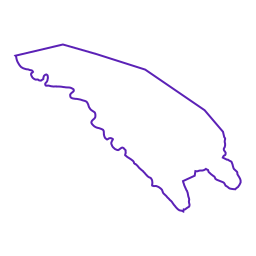 outline of Calypso, Micoud, Saint Lucia
{"feature_id": "8701671B55619097224465", "entity_name": "Calypso", "entity_type": "district", "adm_level": 2, "iso_a3": "LCA", "parent_name": "Saint Lucia", "parent_adm1": "Micoud", "projection": "orthographic", "projection_center": [-60.966, 13.825], "detail": "fine", "context": "isolated", "style": "outline", "palette": "violet", "viewbox_px": 256, "rotation_deg": 0, "n_neighbors": 0, "source": "geoboundaries", "source_scale": "gbopen_adm2", "svg_char_len": 5568}
<svg xmlns="http://www.w3.org/2000/svg" viewBox="0 0 256 256"><path d="M183.3,211.5L183.4,210.6L183.7,209.4L184.3,209.5L184.8,209.5L185.8,208.9L186.4,208.3L187.3,207.8L187.6,207.5L188.7,207.0L189.3,206.2L189.5,205.2L189.5,204.4L189.1,203.0L188.9,201.5L189.2,199.6L189.1,199.0L188.9,198.0L188.7,197.6L188.3,196.3L187.6,192.6L187.2,191.7L187.0,190.9L186.6,190.5L184.3,185.4L183.8,183.7L183.3,182.4L183.0,181.1L194.7,175.7L195.4,171.1L195.8,171.2L197.4,171.3L198.8,170.8L199.5,170.6L200.8,170.5L202.4,170.5L203.3,170.3L203.9,170.1L204.9,169.6L205.9,168.9L206.4,169.3L208.0,170.0L208.6,171.9L208.9,172.2L209.3,172.6L210.0,173.2L210.7,173.9L211.3,174.4L212.9,175.6L213.5,176.1L214.1,176.4L214.6,177.0L214.8,177.3L215.2,178.3L215.4,178.8L216.0,179.2L216.5,179.6L217.4,180.0L222.7,182.1L223.5,182.5L223.9,182.8L224.3,183.3L224.6,183.8L225.6,185.7L226.1,185.9L226.3,186.1L227.0,186.5L227.5,186.8L228.2,187.4L229.0,188.1L229.8,188.5L231.1,188.8L233.1,189.1L234.8,189.2L235.2,189.3L236.1,188.4L237.6,187.2L238.0,187.0L239.6,184.6L240.6,182.4L240.6,180.6L240.2,179.1L239.3,177.3L237.8,174.9L237.4,174.1L237.3,172.6L237.0,171.8L235.4,170.3L233.9,168.9L233.5,168.1L232.8,165.7L232.6,164.7L231.6,162.0L230.8,161.3L229.6,160.8L227.9,159.7L227.0,159.7L222.8,157.6L223.3,156.4L223.9,155.7L225.2,155.0L225.6,154.0L225.6,152.7L224.9,151.5L224.1,150.5L223.8,149.5L223.9,148.4L224.6,147.4L225.1,145.5L225.1,143.7L224.7,141.9L224.8,140.4L225.1,139.2L225.1,138.4L224.2,137.0L223.0,131.8L204.6,110.2L145.2,69.6L96.8,54.2L62.9,44.5L15.4,55.7L15.8,56.2L16.0,56.4L16.1,56.7L16.4,58.1L16.4,58.4L16.9,60.2L17.3,61.3L17.9,62.5L18.2,63.0L18.6,63.7L19.8,65.6L20.1,65.8L20.6,66.5L21.1,67.0L22.2,67.7L23.3,68.3L25.8,69.1L26.8,69.3L27.1,69.3L28.1,69.4L28.7,69.6L29.0,69.7L29.2,69.8L29.4,69.9L30.1,70.1L31.0,70.2L31.5,70.4L32.1,70.6L32.3,70.8L32.5,71.0L32.9,71.7L33.0,71.9L32.9,72.0L32.6,72.3L32.0,72.8L31.8,72.9L31.6,73.0L31.4,73.2L31.4,73.4L31.1,73.8L31.1,74.1L31.1,74.7L31.4,75.6L32.1,76.9L32.3,77.3L32.7,77.8L33.3,78.3L34.1,78.9L34.4,79.1L35.1,79.4L35.6,79.6L35.9,79.6L37.6,79.5L38.0,79.6L38.4,79.8L38.5,80.0L39.1,80.4L39.8,80.5L41.0,80.6L41.2,80.4L41.5,80.2L42.8,79.4L43.3,79.0L43.3,78.8L43.3,78.4L43.4,78.0L43.5,77.4L43.7,76.7L43.9,76.1L44.1,75.8L44.6,75.3L45.0,75.0L45.5,74.7L45.9,74.6L46.5,74.5L47.0,74.9L47.4,75.2L47.6,75.6L47.7,76.0L47.8,76.6L47.9,77.8L47.9,78.1L47.7,78.7L47.7,78.8L47.4,80.5L47.1,81.2L46.9,81.5L46.6,82.0L46.1,82.5L45.4,83.3L45.2,83.9L45.2,84.3L45.3,84.6L45.5,85.2L45.7,85.5L45.9,85.6L46.0,85.6L46.4,85.7L48.5,85.6L49.8,85.9L50.9,86.2L53.3,86.5L53.9,86.5L54.1,86.5L56.3,86.4L56.4,86.5L57.5,86.5L57.8,86.5L60.4,86.6L60.7,86.7L61.3,86.7L63.8,87.1L64.5,87.1L65.3,87.3L66.5,87.4L69.2,87.5L70.4,87.7L71.2,88.0L72.4,88.6L72.9,88.9L73.5,89.3L73.6,89.5L73.8,90.4L73.7,90.6L73.7,90.9L73.6,91.2L72.7,92.1L72.0,92.6L71.8,92.7L71.5,93.0L71.1,93.4L70.7,93.8L70.4,94.3L70.2,94.6L70.2,95.6L70.3,96.3L70.5,97.0L70.7,97.3L70.9,97.5L71.3,97.8L71.6,98.0L72.7,98.4L73.2,98.5L75.1,98.8L76.0,98.9L76.7,98.9L78.0,99.1L80.5,99.6L80.8,99.7L81.4,99.9L82.9,100.4L84.8,100.9L85.8,101.3L86.1,101.5L86.6,101.8L87.3,102.7L88.2,104.5L88.4,105.3L88.9,106.8L89.2,107.5L89.6,108.0L90.3,109.1L91.0,109.8L91.6,110.3L92.8,111.1L93.6,111.6L94.3,112.1L94.7,112.4L95.0,113.0L95.2,113.5L95.2,113.8L95.3,114.2L95.4,114.7L95.4,115.4L95.4,115.9L95.3,117.0L95.1,117.4L94.8,118.0L94.6,118.2L94.4,118.5L94.0,118.9L92.9,119.8L92.2,120.6L91.9,120.9L91.6,121.6L91.4,122.1L91.4,122.8L91.6,123.2L92.0,124.0L92.8,124.9L93.6,125.7L94.3,126.3L95.6,127.1L96.3,127.4L96.7,127.6L97.0,127.6L97.4,127.8L98.9,128.1L100.9,128.8L102.5,129.5L103.1,129.9L103.2,130.1L103.4,130.5L103.6,130.9L103.7,131.0L103.8,131.9L103.9,134.5L104.0,134.6L104.0,134.9L104.2,135.9L104.6,136.9L105.0,137.8L105.5,138.3L106.7,139.3L106.8,139.4L107.4,139.4L107.5,139.3L107.7,139.2L108.2,138.9L108.9,138.4L109.4,138.3L110.1,138.1L110.8,138.1L111.0,138.2L111.9,138.5L112.6,138.9L112.8,139.0L112.9,139.3L112.8,139.5L112.6,139.9L111.8,141.3L111.5,142.2L111.3,142.6L111.3,143.0L111.3,143.8L112.0,145.5L112.3,146.2L112.9,147.1L113.3,147.5L113.9,148.0L114.5,148.6L114.8,148.9L115.4,149.2L115.8,149.4L116.5,149.7L117.3,150.0L117.5,150.0L118.1,150.1L118.3,150.0L118.4,149.9L118.6,149.9L118.8,149.7L119.1,149.6L120.6,148.4L121.6,147.8L122.1,147.6L122.4,147.6L122.8,147.7L123.4,148.0L123.9,148.4L124.2,148.8L124.4,149.1L125.3,149.9L125.6,150.3L125.6,152.3L125.7,152.6L125.7,153.0L125.6,153.3L125.2,154.4L125.2,155.3L125.5,155.5L125.8,155.7L126.8,156.6L127.8,157.3L129.4,158.3L130.8,159.2L132.5,160.5L132.8,160.7L133.5,161.5L133.9,162.3L134.1,163.2L134.9,163.9L135.5,164.0L136.6,165.0L137.5,165.8L138.0,166.5L138.4,166.9L138.9,167.6L139.3,168.0L141.0,169.5L141.3,169.8L143.2,171.3L143.4,171.7L144.8,173.1L145.0,173.4L145.6,174.1L145.9,174.5L146.4,174.9L146.6,175.2L147.1,175.7L147.6,176.3L148.1,176.6L148.9,177.2L150.1,177.7L150.5,177.9L150.8,178.1L151.1,178.5L151.6,179.3L151.8,179.7L152.0,180.1L152.2,180.9L152.3,182.1L152.4,183.0L152.3,183.5L152.1,185.0L152.1,185.4L152.2,185.6L152.4,185.7L153.0,185.9L153.3,185.9L153.9,186.1L156.0,186.0L156.7,186.2L158.6,187.0L160.7,188.5L161.6,189.4L162.0,189.9L162.3,190.6L162.5,191.3L162.7,191.6L162.8,192.2L163.1,192.8L163.5,193.4L163.9,193.8L164.5,194.3L165.7,195.5L166.1,195.8L166.6,196.4L167.3,197.3L168.8,198.7L169.9,200.0L170.9,200.8L171.3,201.2L171.9,201.9L172.2,202.3L172.5,202.8L172.7,203.1L173.2,203.8L173.9,204.8L174.7,205.7L175.2,206.3L175.7,207.0L177.1,208.5L177.5,208.9L178.2,209.5L178.5,209.6L179.2,210.2L179.5,210.3L180.8,210.6L181.4,210.6L182.1,210.9L183.3,211.5Z" fill="none" stroke="#5b21b6" stroke-width="2"/></svg>